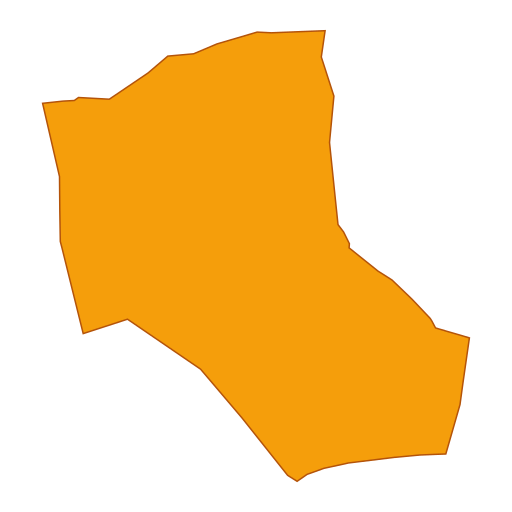 San Mateo Nejápam, Guerrero, Mexico
{"feature_id": "50627088B80883167871342", "entity_name": "San Mateo Nejápam", "entity_type": "district", "adm_level": 2, "iso_a3": "MEX", "parent_name": "Mexico", "parent_adm1": "Guerrero", "projection": "robinson", "projection_center": [-98.41, 17.646], "detail": "fine", "context": "isolated", "style": "filled", "palette": "amber", "viewbox_px": 512, "rotation_deg": 0, "n_neighbors": 0, "source": "geoboundaries", "source_scale": "gbopen_adm2", "svg_char_len": 879}
<svg xmlns="http://www.w3.org/2000/svg" viewBox="0 0 512 512"><path d="M83.2,333.6L127.5,319.2L175.6,352.1L200.6,369.2L241.8,417.7L287.6,475.3L288.6,475.9L288.8,476.1L297.1,481.3L307.2,474.3L310.1,473.3L310.4,473.2L324.0,468.3L345.3,463.7L348.2,463.0L394.1,457.4L394.6,457.3L395.3,457.3L419.9,455.0L436.5,454.3L445.8,454.0L460.0,404.6L462.9,383.3L469.4,337.9L460.7,335.3L444.8,330.7L444.4,330.5L439.4,329.1L438.7,328.9L435.5,327.9L431.9,321.1L430.2,318.4L412.1,299.3L392.0,280.0L391.9,279.9L391.7,279.8L378.0,271.1L349.1,247.9L349.4,243.7L343.6,232.0L338.0,224.6L335.4,199.6L329.6,143.3L329.6,142.9L329.5,142.7L333.9,96.1L321.3,57.0L325.1,30.7L271.4,32.8L257.1,32.1L217.0,43.9L193.6,53.8L167.8,56.1L148.0,73.0L109.3,99.2L78.5,97.5L74.3,100.5L63.1,101.1L42.6,103.3L59.5,176.6L59.8,210.3L60.3,241.5L61.8,247.2L83.2,333.6Z" fill="#f59e0b" stroke="#b45309" stroke-width="1.5"/></svg>